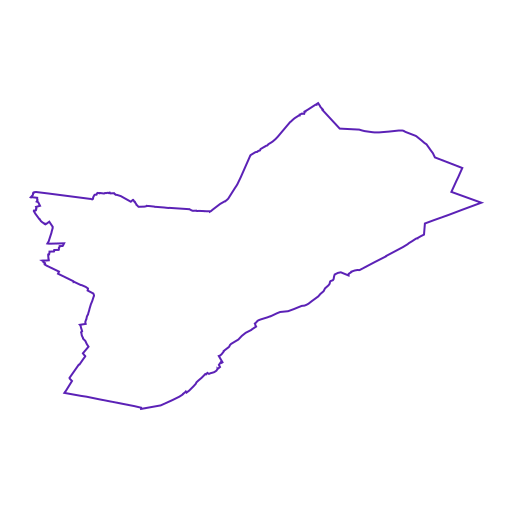 Opsterland, Friesland, Netherlands
{"feature_id": "6326949B72707200000476", "entity_name": "Opsterland", "entity_type": "district", "adm_level": 2, "iso_a3": "NLD", "parent_name": "Netherlands", "parent_adm1": "Friesland", "projection": "albers", "projection_center": [6.082, 53.047], "detail": "fine", "context": "isolated", "style": "outline", "palette": "violet", "viewbox_px": 512, "rotation_deg": 0, "n_neighbors": 0, "source": "geoboundaries", "source_scale": "gbopen_adm2", "svg_char_len": 5731}
<svg xmlns="http://www.w3.org/2000/svg" viewBox="0 0 512 512"><path d="M337.9,272.9L340.8,272.3L348.6,275.5L348.7,273.8L351.2,272.2L351.1,271.9L351.2,271.7L354.7,270.5L357.4,270.0L359.5,270.1L360.1,269.8L374.9,262.0L386.1,256.3L386.1,256.0L402.9,247.1L407.5,244.3L407.9,244.0L408.8,243.2L412.1,241.2L415.9,238.7L416.7,238.4L417.4,238.4L417.4,238.1L418.2,237.7L420.8,236.2L424.0,234.6L424.9,223.5L433.5,220.3L449.2,214.7L462.1,209.8L481.3,202.7L451.4,191.9L456.4,180.9L458.3,177.0L459.7,173.8L462.3,168.0L434.9,157.4L432.9,153.2L430.8,150.4L426.5,144.3L424.5,143.0L421.5,140.4L416.3,136.2L415.3,135.7L413.2,134.9L405.7,132.0L403.9,131.1L403.8,130.9L402.7,130.6L402.0,130.5L399.0,130.5L388.8,131.6L382.6,132.1L379.2,132.4L374.5,132.4L372.5,132.2L364.6,131.1L361.8,130.4L359.2,129.6L339.7,128.6L322.4,109.9L322.8,109.5L320.4,106.9L319.9,105.8L318.1,103.1L316.9,103.9L316.6,104.8L315.7,104.6L307.0,110.2L306.7,110.3L305.3,111.2L305.7,111.3L305.6,111.5L304.7,111.5L304.2,113.8L302.4,113.6L302.4,113.8L301.7,113.8L301.2,113.9L300.2,114.6L299.9,115.0L299.7,114.9L299.6,115.5L299.0,115.4L294.8,118.1L293.9,118.8L292.2,120.3L291.0,121.5L290.5,121.8L290.0,122.2L277.7,136.8L275.5,139.1L272.7,141.5L271.2,142.5L268.4,144.2L267.9,144.7L267.7,145.1L267.2,145.5L266.1,145.8L260.8,148.9L260.4,149.3L260.1,150.2L259.7,150.6L259.4,150.6L258.6,150.8L258.3,151.0L258.0,151.1L257.7,151.3L257.5,151.7L257.2,151.9L256.1,152.0L255.2,152.3L250.6,155.1L250.4,155.6L250.2,155.7L250.1,156.0L240.8,177.1L237.4,184.2L236.5,185.7L234.7,188.4L228.2,198.7L226.8,200.0L225.1,201.4L224.8,201.3L220.2,203.9L212.6,209.7L211.1,211.0L210.0,211.6L210.0,211.4L209.8,211.3L204.3,211.2L204.2,211.1L199.1,210.9L197.4,211.0L196.3,210.9L196.0,210.8L196.0,210.7L195.6,210.7L192.8,210.8L191.6,210.4L189.2,209.1L188.3,209.2L187.9,209.1L169.9,207.9L169.1,207.9L168.9,208.0L166.6,207.8L164.2,207.5L156.5,206.9L155.0,206.9L154.5,206.7L154.3,206.6L148.8,206.0L147.5,206.0L146.7,205.8L146.3,206.2L144.6,206.6L138.6,206.8L138.1,206.4L136.9,205.1L136.5,204.9L136.2,204.1L135.8,203.5L135.5,203.0L134.9,202.3L134.9,201.8L134.8,201.7L134.4,201.7L133.2,199.9L132.9,199.9L130.8,201.7L125.6,198.8L120.8,196.1L117.0,194.9L115.7,194.8L115.3,194.5L115.2,194.2L114.6,194.0L114.1,193.2L110.3,193.4L110.1,193.3L109.8,192.6L109.4,192.6L108.8,193.1L108.3,192.9L107.3,192.8L106.7,193.0L106.2,193.1L105.0,193.0L104.8,193.1L104.5,193.4L103.9,193.5L100.1,193.0L99.8,193.0L99.6,193.3L97.7,192.9L97.5,193.0L97.0,193.4L96.7,194.3L96.5,194.7L96.3,194.7L95.0,194.7L94.6,194.8L93.8,196.1L93.2,197.3L93.1,197.6L93.1,198.1L93.0,198.8L92.8,199.0L92.2,199.4L90.7,198.9L90.2,198.9L48.4,193.5L36.1,192.0L34.2,192.2L33.8,192.4L33.8,192.8L33.4,192.9L33.2,192.9L33.0,193.6L33.0,194.4L32.9,194.9L31.8,196.1L31.4,196.6L30.7,197.3L30.9,197.4L31.1,197.1L37.2,197.8L37.2,200.1L37.5,200.2L37.4,200.6L36.7,201.6L38.2,202.2L40.0,205.8L36.0,206.9L36.3,207.8L36.3,208.3L36.4,208.7L36.0,208.9L35.9,210.3L35.5,210.5L34.0,210.5L33.8,211.0L34.4,212.1L35.2,213.5L39.4,219.2L39.5,219.3L39.7,219.2L40.9,221.1L42.7,222.6L43.8,223.1L44.1,223.4L44.5,224.0L45.3,223.7L45.5,223.8L45.7,224.2L46.4,223.8L49.3,221.7L49.6,222.2L52.7,226.8L52.6,227.7L52.7,227.8L52.7,228.0L51.8,231.1L51.4,232.9L49.0,240.3L48.8,241.1L47.4,243.5L48.1,243.6L49.9,243.7L64.1,243.3L62.9,245.7L62.6,246.0L59.6,246.1L59.5,246.8L59.3,247.5L58.9,247.8L58.9,248.7L58.9,249.4L58.8,249.8L58.7,249.9L54.3,250.0L54.1,250.1L54.1,251.3L54.0,251.5L49.5,251.6L49.4,253.2L49.1,253.6L49.1,254.5L48.9,254.6L48.2,254.6L48.2,254.9L48.2,255.6L48.3,256.9L48.4,257.1L48.4,258.4L48.5,258.7L48.7,259.1L48.8,260.3L46.4,260.5L43.1,260.5L42.2,260.6L43.4,261.3L43.6,261.6L43.5,262.3L45.1,263.2L45.1,263.4L44.6,264.2L44.6,264.4L46.7,265.7L59.0,271.6L58.0,273.7L73.3,281.2L73.5,282.0L73.7,281.9L73.6,281.6L80.7,285.0L81.6,285.1L85.7,286.9L88.0,288.5L87.9,289.3L87.6,290.5L93.3,293.5L93.7,294.4L94.0,295.4L94.0,295.9L93.8,296.2L92.2,301.1L90.9,304.2L89.5,308.9L89.1,310.6L88.6,312.2L88.3,313.1L88.0,314.6L87.6,315.0L86.9,316.5L86.3,319.4L86.1,319.5L85.3,322.0L85.4,322.9L85.4,323.2L85.6,323.4L85.7,323.9L79.9,324.8L80.3,325.3L80.6,325.9L81.0,327.6L82.1,331.2L82.1,331.4L81.5,331.7L81.2,332.1L81.1,332.5L81.5,333.5L81.7,335.1L81.8,335.3L82.2,336.4L83.0,337.9L83.0,338.5L83.2,338.8L85.3,340.9L85.9,342.1L86.5,343.5L87.2,344.7L88.5,346.7L82.9,353.3L84.1,354.9L85.1,355.9L85.3,356.2L85.3,356.3L84.2,357.8L83.5,358.7L79.5,364.5L79.4,364.6L78.7,364.7L78.6,364.9L69.5,377.9L69.6,378.3L69.7,378.6L72.0,381.0L65.8,391.0L65.2,391.7L64.4,392.9L81.1,395.9L86.6,396.7L99.2,399.3L134.3,406.1L141.1,407.7L141.1,408.9L160.7,405.4L172.6,400.0L179.3,396.7L182.4,394.7L183.2,394.0L183.1,393.8L185.2,392.2L185.8,391.5L186.5,392.6L189.2,390.6L190.4,389.4L193.6,386.2L195.5,384.1L195.9,383.6L196.3,382.6L196.6,382.2L198.2,380.7L200.3,378.9L201.4,378.0L203.6,375.8L205.3,374.0L206.0,374.4L207.4,372.9L208.7,373.8L209.2,373.8L210.5,373.2L212.8,372.6L214.3,372.1L216.4,370.7L217.5,369.0L217.5,368.7L217.7,368.9L220.0,367.0L218.9,364.9L220.9,362.1L221.1,361.8L221.7,362.8L222.5,362.3L218.8,356.0L220.3,355.4L221.7,354.1L223.5,351.8L223.8,351.4L223.7,351.0L229.0,346.9L229.2,346.7L229.7,345.6L230.0,345.0L231.1,343.9L235.4,341.3L238.3,339.6L241.8,335.9L245.7,332.8L251.4,329.9L251.7,329.5L252.3,329.1L252.9,328.7L256.1,326.6L255.3,325.0L255.1,323.8L254.9,323.5L255.9,322.7L257.6,320.8L258.7,320.2L260.5,319.5L263.7,318.5L267.3,317.4L270.5,316.2L270.6,316.3L276.9,313.3L280.1,312.0L288.1,311.2L294.1,309.0L297.0,307.8L301.7,305.9L304.5,305.6L306.5,304.8L308.5,303.7L312.1,300.9L318.4,296.3L318.9,295.6L319.4,295.2L319.5,295.0L320.1,294.2L323.6,291.2L325.0,288.4L328.5,285.3L329.6,283.8L330.0,281.9L330.5,281.1L332.9,280.2L333.6,279.1L334.1,276.3L334.7,274.5L337.9,272.9Z" fill="none" stroke="#5b21b6" stroke-width="2"/></svg>